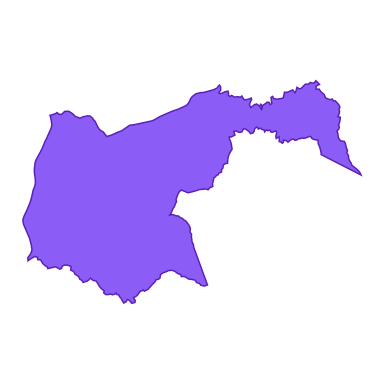 Porto Franco, Maranhão, Brazil
{"feature_id": "56859067B97891861760151", "entity_name": "Porto Franco", "entity_type": "district", "adm_level": 2, "iso_a3": "BRA", "parent_name": "Brazil", "parent_adm1": "Maranhão", "projection": "robinson", "projection_center": [-47.099, -6.384], "detail": "fine", "context": "isolated", "style": "filled", "palette": "violet", "viewbox_px": 384, "rotation_deg": 0, "n_neighbors": 0, "source": "geoboundaries", "source_scale": "gbopen_adm2", "svg_char_len": 4938}
<svg xmlns="http://www.w3.org/2000/svg" viewBox="0 0 384 384"><path d="M27.8,257.8L28.0,260.8L30.9,258.7L34.8,256.5L37.5,257.3L37.7,259.7L40.6,259.8L41.9,262.2L43.2,264.0L45.4,265.9L47.1,266.7L47.8,268.6L52.5,267.5L55.6,266.8L57.7,267.9L59.5,269.1L61.4,268.6L62.3,266.2L64.2,265.2L66.7,265.1L68.7,265.5L71.1,266.8L70.7,270.2L72.7,271.0L74.2,272.3L74.9,274.1L76.7,275.2L78.6,276.6L79.9,279.3L81.9,280.4L83.1,282.4L87.2,281.1L88.9,279.9L90.6,278.2L93.2,280.5L96.0,280.9L97.9,283.7L98.7,285.3L99.9,287.0L101.7,289.0L104.3,291.0L103.6,292.7L105.8,294.6L108.1,294.6L110.6,294.1L112.6,294.8L114.8,294.1L116.1,293.1L116.9,294.5L118.8,295.0L119.7,297.0L120.9,298.0L121.6,299.6L123.8,303.1L126.2,301.7L127.2,299.5L129.1,300.1L131.8,303.3L134.9,302.5L135.3,300.4L134.2,299.1L133.6,297.5L135.7,296.6L137.6,295.0L139.2,292.7L140.5,291.1L142.0,290.9L143.3,290.0L144.4,291.2L148.2,289.2L149.3,287.9L152.2,284.6L153.7,283.2L155.0,281.8L156.1,279.7L158.4,279.3L159.9,278.2L160.6,274.5L163.3,272.7L165.8,271.9L168.5,270.6L172.2,270.3L175.0,271.4L176.7,272.8L178.1,273.7L180.7,274.5L181.3,276.6L184.9,276.6L188.5,279.0L191.6,279.4L195.0,280.1L196.5,282.5L199.5,283.5L200.7,285.2L204.3,286.1L207.5,285.0L193.8,247.5L193.3,244.3L192.0,241.8L191.8,239.1L191.4,237.3L191.5,234.2L190.0,232.1L190.4,228.6L189.7,226.7L188.4,224.3L185.8,221.0L183.7,219.7L182.6,218.6L179.9,217.3L178.2,215.9L176.5,215.9L174.7,215.3L172.7,214.5L169.7,215.1L171.2,213.0L172.2,210.5L173.1,208.5L174.5,206.4L175.2,204.3L176.5,201.6L176.1,199.4L177.6,195.1L178.4,193.2L179.5,191.6L181.4,190.0L188.0,192.8L191.8,191.9L196.1,190.7L199.6,189.5L202.8,189.3L205.7,188.9L208.1,189.8L209.6,187.9L212.8,186.5L212.5,183.7L213.3,180.6L213.8,178.1L215.4,176.8L216.5,175.4L218.2,174.7L219.0,173.0L221.5,172.1L221.6,169.6L222.9,168.1L223.3,165.0L225.4,163.6L227.5,163.3L227.9,158.1L229.0,154.5L230.4,151.9L232.1,149.2L231.3,144.1L230.6,141.6L229.4,138.8L229.3,136.7L231.0,137.1L234.9,135.1L233.9,131.4L236.2,131.0L238.6,132.2L240.0,132.4L242.0,131.8L243.5,128.7L245.6,129.1L248.9,131.5L250.5,133.7L253.3,132.8L254.1,131.4L254.6,128.9L255.7,127.8L257.3,127.1L258.3,129.1L260.2,128.1L262.0,129.5L264.1,129.9L264.6,131.8L266.2,130.0L267.7,130.7L269.9,130.1L271.1,132.2L273.2,132.1L274.8,131.0L276.5,131.5L276.5,133.5L275.8,136.1L276.2,138.5L279.0,136.8L279.3,139.2L279.2,141.6L280.9,141.9L282.2,143.3L283.4,142.4L283.5,140.1L286.3,140.7L288.0,142.2L290.6,140.0L291.9,139.3L293.8,139.1L294.9,140.4L297.4,139.7L298.6,138.6L300.5,138.7L301.8,137.9L303.8,138.4L306.8,137.6L309.3,136.4L310.8,136.7L311.8,138.4L313.3,139.2L316.0,139.9L317.9,140.1L318.3,144.0L319.3,145.9L320.4,149.6L321.1,152.6L321.1,154.6L361.0,175.0L359.9,172.5L357.6,169.9L354.5,167.3L352.0,165.4L351.1,163.1L349.7,160.9L348.6,158.5L348.5,155.7L346.8,152.8L347.5,150.5L346.7,148.5L345.9,146.0L345.4,143.5L344.3,141.4L340.5,140.8L338.5,137.9L337.7,133.1L337.0,131.1L338.7,129.1L339.3,127.5L338.7,124.6L339.6,122.3L340.1,119.7L340.3,117.2L337.9,116.7L339.1,113.8L339.6,111.9L339.1,108.9L339.9,107.1L339.0,105.0L335.4,100.8L333.5,101.1L332.3,99.0L330.1,99.7L327.9,98.9L325.5,97.8L324.3,94.7L320.6,91.4L319.2,89.1L316.2,89.3L316.0,86.2L319.5,84.4L317.3,82.1L315.8,80.7L314.2,82.9L312.2,83.1L310.5,82.4L308.7,83.9L307.1,84.2L305.3,84.2L303.8,85.7L301.1,88.5L299.1,88.7L297.0,87.3L296.0,90.9L294.9,92.8L292.7,89.9L289.1,91.5L286.9,92.4L284.5,92.2L283.2,98.2L279.4,98.7L277.4,99.2L273.8,98.6L272.6,96.4L271.0,97.4L271.8,103.7L270.2,104.6L269.2,102.4L267.1,102.1L265.8,103.4L263.8,104.6L262.3,106.0L260.8,104.2L259.3,106.3L258.2,105.1L256.7,104.0L254.5,104.6L253.1,105.8L250.8,107.5L249.5,105.0L250.3,101.9L251.7,99.6L251.1,98.0L249.1,99.0L245.1,99.9L243.6,99.0L241.8,96.0L240.4,97.3L238.2,96.7L236.3,96.9L234.5,97.1L231.6,95.4L230.0,96.5L228.3,95.2L228.6,93.3L228.0,91.1L225.2,91.7L222.8,92.8L220.3,93.7L218.7,92.9L219.9,91.3L220.7,89.9L220.6,86.7L219.3,85.0L217.0,88.0L213.7,89.7L203.6,92.5L200.7,92.6L195.8,93.8L192.1,96.7L190.5,98.9L189.1,102.1L187.2,104.7L185.6,105.8L179.1,108.8L176.2,109.9L173.0,110.9L170.1,112.1L159.8,116.6L154.6,119.7L151.8,120.9L134.7,124.6L129.5,125.3L124.3,129.0L121.4,130.9L118.7,131.8L111.6,135.0L106.8,136.5L103.4,132.1L100.4,130.3L99.1,129.0L97.5,126.4L95.1,121.3L93.5,119.7L92.5,118.0L90.0,116.0L87.9,115.8L83.0,116.8L79.9,118.2L75.1,116.2L72.8,113.9L70.8,112.5L68.5,111.2L64.7,111.4L61.6,114.4L59.2,114.2L57.0,112.6L55.4,113.7L51.4,115.0L50.0,115.3L50.8,118.1L51.4,121.3L51.8,124.9L51.1,128.3L49.0,133.0L47.9,135.3L46.8,138.0L44.9,141.7L42.2,148.4L40.1,152.5L39.3,153.9L38.4,155.5L36.0,160.0L35.4,161.7L35.0,163.3L34.6,166.5L34.4,168.3L34.3,170.2L34.4,172.3L34.7,175.1L35.1,177.4L35.3,180.0L35.4,181.8L35.3,183.8L34.2,187.8L33.3,189.7L31.5,197.6L30.2,202.1L27.3,209.3L25.0,214.1L24.2,215.8L23.0,219.1L23.0,221.3L23.5,224.2L29.6,238.5L31.2,244.6L32.0,249.7L31.5,251.6L30.6,253.8L27.8,257.8ZM262.3,106.0L262.2,107.9L261.5,109.5L260.5,107.9L262.3,106.0Z" fill="#8b5cf6" stroke="#5b21b6" stroke-width="1.5"/></svg>